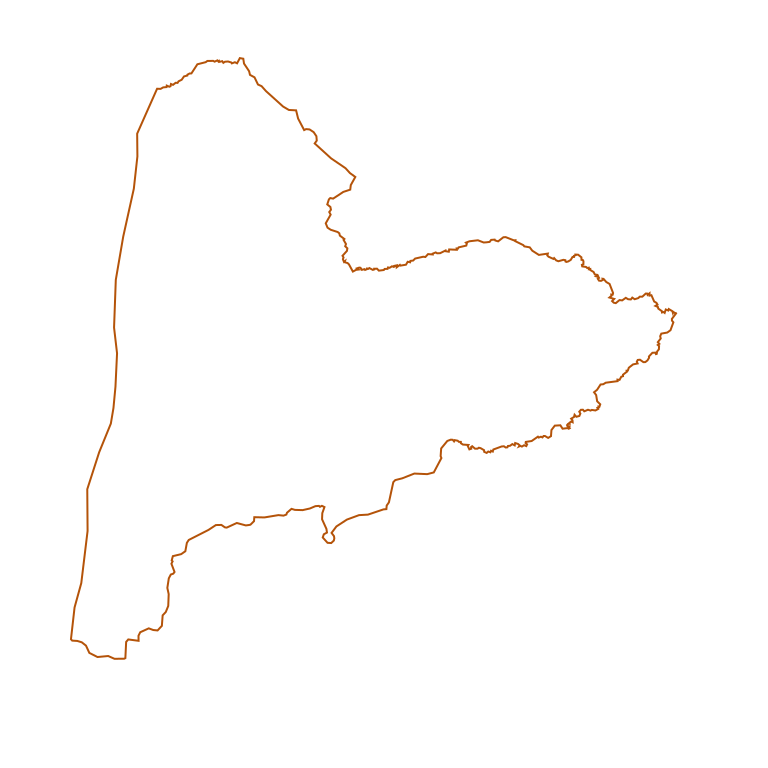 Sissala West, Upper West, Ghana, rotated 277°
{"feature_id": "2480657B76140913943028", "entity_name": "Sissala West", "entity_type": "district", "adm_level": 2, "iso_a3": "GHA", "parent_name": "Ghana", "parent_adm1": "Upper West", "projection": "natural_earth1", "projection_center": [-2.221, 10.758], "detail": "fine", "context": "isolated", "style": "outline", "palette": "amber", "viewbox_px": 768, "rotation_deg": 277, "n_neighbors": 0, "source": "geoboundaries", "source_scale": "gbopen_adm2", "svg_char_len": 6152}
<svg xmlns="http://www.w3.org/2000/svg" viewBox="0 0 768 768"><g transform="rotate(277 384 384)"><path d="M362.1,572.8L362.8,573.7L363.5,572.9L364.6,573.3L364.6,571.2L365.5,570.7L366.8,571.5L367.1,573.1L368.0,572.7L369.5,574.3L369.0,575.9L371.0,575.5L372.4,574.0L374.4,576.6L376.7,576.9L374.9,578.9L376.1,581.8L378.6,582.5L380.3,581.2L382.4,582.6L382.7,584.6L381.3,586.1L383.3,589.6L382.8,592.3L383.6,593.4L383.5,597.1L385.3,599.6L386.4,598.8L386.9,600.0L387.8,599.7L387.8,600.6L390.2,601.1L392.8,597.7L398.9,595.9L401.4,593.5L404.2,596.2L409.9,599.0L410.5,601.7L412.3,603.9L415.3,615.5L416.8,615.2L416.8,617.3L420.1,618.6L420.9,620.3L422.4,620.1L425.8,623.6L426.8,623.2L427.1,624.4L430.0,625.0L433.8,628.8L435.3,633.2L437.0,632.2L438.8,632.9L439.3,635.1L437.3,638.8L437.6,640.7L439.5,642.6L442.3,643.9L443.6,643.6L447.7,646.6L448.2,649.5L446.8,650.3L447.1,651.0L449.5,651.1L451.9,652.6L455.2,652.4L456.1,651.0L457.4,652.4L458.9,650.7L462.9,653.1L465.1,652.3L467.8,653.1L469.6,658.9L472.3,661.8L480.5,663.7L482.0,662.1L483.7,661.8L490.4,665.7L489.6,664.7L490.8,662.4L489.7,662.1L491.4,661.4L493.1,657.5L491.6,657.2L492.3,654.6L488.8,653.9L489.5,652.8L488.9,651.2L490.1,651.0L492.3,647.0L493.8,646.5L494.6,643.9L496.1,645.8L497.8,644.5L498.8,642.1L504.7,638.6L504.1,636.8L506.4,636.5L504.6,634.8L505.8,634.3L505.7,632.8L502.2,629.8L501.8,627.1L500.3,626.0L498.7,622.5L500.0,619.9L498.0,618.7L497.9,615.9L499.0,613.5L496.0,610.2L496.0,607.5L492.5,604.2L492.7,602.1L494.1,600.3L496.5,602.1L497.3,597.2L499.4,599.1L500.5,598.7L500.6,600.1L502.2,600.3L510.8,595.7L512.3,592.2L515.1,589.1L515.1,588.1L514.0,588.6L512.8,586.8L512.8,584.8L514.5,583.4L515.5,584.5L516.3,583.9L516.7,581.6L517.7,583.0L518.3,582.6L518.4,579.9L520.7,578.4L522.3,574.8L523.3,574.7L522.9,573.3L524.4,573.1L523.9,571.5L524.8,570.3L524.9,566.4L526.4,565.9L527.2,567.3L530.2,567.0L531.3,566.2L531.3,564.9L533.8,564.5L536.0,560.9L535.8,558.3L535.2,558.5L534.3,556.9L533.3,557.1L533.0,555.6L529.9,554.2L528.1,551.9L527.4,550.2L527.7,549.2L529.0,548.9L529.1,546.9L527.1,542.1L527.7,539.8L529.7,537.5L528.8,536.9L530.4,531.8L531.5,530.4L533.4,530.7L531.0,522.0L534.4,514.9L537.4,512.0L537.7,506.5L538.8,505.4L541.8,496.8L542.7,496.9L542.4,495.4L544.6,486.9L544.2,484.6L539.5,479.9L540.0,476.9L540.8,476.3L540.1,472.8L537.9,471.5L537.1,468.3L536.6,465.7L538.1,459.7L536.1,451.5L534.3,448.1L533.5,449.1L531.4,448.8L528.7,441.4L527.4,440.9L527.4,439.6L526.1,439.9L525.5,432.3L523.2,432.2L523.3,429.0L524.0,428.8L520.7,423.8L520.2,420.8L520.9,419.3L519.3,416.4L518.5,416.6L518.3,411.9L515.1,409.6L515.1,407.4L512.3,399.6L510.1,397.9L509.4,395.2L508.0,395.1L508.2,392.6L505.1,391.3L503.5,385.9L504.2,385.3L501.5,382.5L503.4,382.4L502.6,380.1L502.1,380.5L501.4,379.4L501.8,377.6L500.0,375.4L500.2,373.8L498.7,373.5L498.3,370.6L497.1,369.9L495.9,365.1L497.6,363.0L497.2,360.2L496.5,360.3L495.9,359.0L497.3,355.3L496.4,354.5L496.7,352.2L496.0,353.3L494.9,351.3L495.6,350.6L494.6,348.1L496.5,346.5L496.5,345.2L495.5,343.1L494.5,344.8L493.9,342.4L491.8,339.4L498.5,334.6L499.6,333.1L500.1,330.0L501.1,330.2L500.3,329.4L502.9,328.0L504.7,328.4L506.2,327.2L511.6,331.0L514.2,331.1L516.0,328.7L518.3,329.2L522.1,326.3L523.1,327.0L525.9,322.1L528.1,321.3L529.2,319.5L530.6,312.3L532.3,308.9L536.4,306.6L545.6,310.4L548.0,308.7L550.5,310.1L553.2,309.2L555.3,305.8L560.5,306.8L562.0,308.0L561.8,310.9L569.7,320.2L572.8,326.8L577.4,326.8L586.0,330.3L589.2,324.5L593.5,319.5L601.5,304.0L614.3,285.9L617.4,287.6L621.7,286.7L625.4,283.5L627.6,279.1L627.5,275.6L626.3,273.8L637.0,266.4L644.9,263.4L644.4,256.2L647.1,250.0L660.3,231.2L664.7,226.2L665.9,222.4L672.6,218.1L674.5,213.3L678.0,212.0L685.0,206.0L689.7,204.7L689.9,201.2L684.4,199.1L685.2,196.8L683.7,193.9L684.5,193.3L685.1,189.9L684.5,186.9L683.2,185.4L684.7,184.1L683.6,181.1L684.6,180.8L684.1,180.1L684.9,179.2L683.3,176.6L683.9,175.1L683.1,169.3L681.7,167.8L678.6,159.8L668.8,155.0L668.5,153.2L667.1,151.2L666.2,151.2L664.9,148.0L661.3,146.1L659.4,143.2L657.7,142.4L657.6,140.5L655.2,138.1L655.8,136.0L653.5,135.8L652.9,134.7L653.7,132.0L652.2,132.0L651.5,128.7L649.7,126.3L649.4,122.8L602.4,108.5L579.8,111.5L547.4,111.9L498.5,107.2L454.7,105.1L407.1,109.2L381.9,115.3L348.5,117.8L327.2,118.4L311.4,117.7L281.5,109.6L243.4,102.3L202.0,107.7L149.5,107.8L124.5,104.1L92.5,104.4L91.3,105.8L91.6,110.9L90.8,115.5L88.0,120.1L81.2,124.3L78.1,132.9L80.4,143.4L78.4,150.0L79.7,159.7L80.4,160.7L96.6,159.5L99.3,161.3L99.2,171.7L104.2,171.0L107.9,172.3L112.8,180.3L111.7,184.9L111.8,189.3L116.9,193.0L127.4,192.5L131.1,195.2L137.4,196.9L149.2,195.9L155.2,193.8L164.9,194.1L168.9,195.6L170.1,198.0L171.9,199.0L179.7,194.9L182.2,195.8L183.0,194.8L187.4,195.4L190.4,203.4L193.8,207.2L202.3,207.7L205.4,209.2L217.8,227.6L223.5,234.3L224.3,239.8L222.3,243.6L222.3,245.4L228.1,254.8L226.8,264.1L227.6,267.2L228.1,268.6L232.0,271.7L236.0,271.5L237.0,281.6L241.0,295.2L241.1,300.3L242.5,303.0L244.4,303.4L248.8,307.4L248.2,310.9L248.9,318.6L251.4,325.6L254.4,330.8L255.1,334.3L254.3,335.4L255.5,337.2L254.6,339.9L248.3,338.5L242.2,339.0L233.2,344.5L229.6,345.5L227.5,342.6L224.2,341.9L219.5,347.3L219.7,351.0L222.5,353.3L224.8,353.5L226.9,352.9L229.8,350.1L236.8,354.1L244.9,363.7L250.8,375.2L252.4,384.0L259.5,398.8L260.1,401.6L263.7,401.5L267.1,403.3L287.7,405.2L290.0,406.9L292.6,413.6L298.8,425.0L299.8,437.9L302.3,444.2L317.5,450.0L319.3,449.0L327.0,448.6L335.2,453.8L336.9,457.1L337.0,459.0L335.6,460.5L336.9,461.0L336.7,464.0L335.7,465.4L335.9,467.3L334.6,467.5L333.5,469.7L333.8,475.2L332.7,474.7L329.5,476.7L330.4,478.5L332.0,478.1L333.0,479.1L330.9,482.2L331.2,484.7L332.3,485.9L332.1,487.7L330.5,491.4L328.9,491.7L328.1,494.3L329.7,495.7L329.2,497.9L330.8,498.4L330.2,500.2L332.3,500.5L336.3,508.3L336.8,510.6L335.8,512.5L336.2,514.2L337.6,514.6L338.0,516.6L340.0,518.7L339.0,521.2L341.4,521.4L340.8,524.4L339.6,526.2L338.5,525.7L339.2,526.9L338.7,528.5L340.3,530.5L339.7,532.8L341.5,533.4L342.7,531.7L343.8,531.8L345.4,537.5L350.5,543.2L349.7,544.1L350.8,546.2L350.3,547.8L351.8,548.7L352.0,550.1L350.5,553.5L352.6,556.1L358.7,555.8L363.5,558.6L364.5,564.1L361.4,566.7L362.6,571.5L362.1,572.8Z" fill="none" stroke="#b45309" stroke-width="2"/></g></svg>